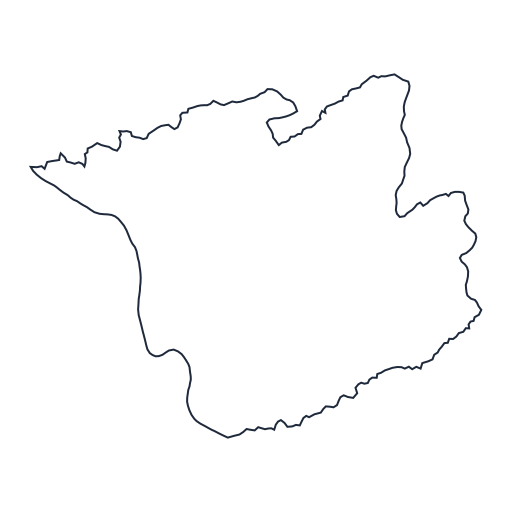 Ibiaí, Minas Gerais, Brazil
{"feature_id": "56859067B65559545591496", "entity_name": "Ibiaí", "entity_type": "district", "adm_level": 2, "iso_a3": "BRA", "parent_name": "Brazil", "parent_adm1": "Minas Gerais", "projection": "mercator", "projection_center": [-44.794, -16.832], "detail": "fine", "context": "isolated", "style": "outline", "palette": "slate", "viewbox_px": 512, "rotation_deg": 0, "n_neighbors": 0, "source": "geoboundaries", "source_scale": "gbopen_adm2", "svg_char_len": 4814}
<svg xmlns="http://www.w3.org/2000/svg" viewBox="0 0 512 512"><path d="M227.8,437.6L234.2,435.8L239.5,434.5L243.1,432.1L246.6,429.0L250.0,429.7L254.7,430.4L258.2,427.2L261.8,428.3L265.0,429.2L268.2,428.5L271.3,428.3L274.2,429.7L275.8,424.7L278.0,421.6L280.9,420.1L284.5,422.9L287.4,426.8L292.3,426.4L295.9,424.9L299.8,425.4L301.3,422.2L303.4,418.0L306.2,415.9L309.1,417.2L314.4,414.3L320.8,412.6L323.2,409.1L325.8,406.4L329.9,406.7L333.5,407.3L337.0,405.1L338.8,400.5L340.4,397.2L343.7,395.3L347.9,397.0L353.2,397.9L357.2,393.2L355.5,387.8L358.4,384.3L361.2,382.7L364.4,383.7L367.8,383.0L369.4,379.6L372.3,377.6L376.7,377.8L377.3,374.0L381.0,372.8L384.9,370.4L388.5,369.2L392.5,367.8L397.4,367.0L401.6,367.2L404.8,368.6L408.8,366.7L412.2,369.2L416.3,366.8L420.6,368.6L422.3,363.1L428.2,361.3L432.5,359.4L434.2,354.8L437.7,352.5L439.2,349.6L441.6,346.9L444.4,343.1L447.8,342.8L449.2,338.8L453.1,339.0L456.4,336.5L458.8,333.1L463.3,331.8L465.8,328.2L469.2,328.4L468.6,324.4L470.5,321.6L473.6,320.9L474.6,317.2L478.9,314.8L481.3,309.9L478.6,306.3L477.0,302.7L475.0,300.0L471.0,298.7L467.4,295.5L466.5,292.3L466.1,288.7L465.8,284.9L466.9,281.4L467.9,276.7L468.2,271.5L467.0,267.3L464.8,264.3L461.7,261.7L459.9,258.0L461.7,254.9L466.2,253.1L469.6,250.3L472.2,247.7L473.8,244.9L475.5,241.2L476.3,237.2L475.3,233.6L471.9,230.7L468.3,227.1L465.9,224.1L464.3,220.7L465.3,216.3L467.8,213.5L468.4,209.5L466.7,205.1L465.1,200.6L464.7,195.7L463.3,192.6L459.2,191.9L454.7,191.9L450.9,193.0L448.5,196.0L445.9,193.9L442.6,194.9L439.6,195.5L436.4,196.7L432.9,198.6L430.1,200.2L427.4,203.2L423.2,205.8L420.3,202.5L417.0,204.3L414.8,207.2L412.4,209.7L407.3,213.1L404.5,216.2L399.7,217.0L396.9,213.7L395.9,210.2L396.2,206.3L396.6,203.0L396.4,199.5L395.7,195.1L396.6,190.9L398.8,187.3L401.9,183.5L403.3,179.2L404.5,175.8L404.3,171.4L404.8,167.0L406.7,162.9L409.1,158.0L410.2,153.9L409.5,148.0L407.1,142.3L406.1,137.7L404.0,133.6L401.6,129.1L401.3,125.5L402.1,121.8L403.3,118.3L404.8,114.9L404.0,111.1L403.8,106.7L404.7,102.1L406.1,98.2L407.5,94.5L409.0,90.5L409.5,85.9L408.3,81.6L402.8,79.8L399.2,77.4L394.5,74.4L389.9,75.3L385.2,76.4L381.3,76.2L378.2,77.7L373.7,75.8L370.4,77.2L366.5,80.7L361.7,84.3L360.0,87.4L356.2,88.4L351.9,89.3L349.0,91.4L347.7,95.6L343.3,97.0L342.6,100.4L338.5,101.6L334.9,103.6L330.6,105.1L326.9,106.5L324.8,109.4L325.4,112.8L322.0,111.0L319.8,115.7L320.5,119.0L316.9,121.6L314.4,124.8L311.2,127.2L307.0,127.7L303.1,129.7L301.4,133.9L297.9,134.1L294.6,136.5L290.6,136.8L289.0,140.1L286.3,141.8L281.9,142.6L278.8,145.1L275.6,140.6L273.1,137.6L272.7,133.9L271.1,130.4L268.5,126.5L266.8,122.5L269.4,119.5L274.4,118.3L278.9,118.1L282.3,117.4L285.9,116.5L289.4,115.3L292.8,113.7L297.1,111.2L295.4,106.3L293.2,102.5L289.7,100.2L286.6,99.5L283.3,97.6L280.7,94.6L277.1,91.4L272.3,89.3L267.5,89.1L264.6,92.2L260.2,93.8L257.7,95.9L254.8,97.5L251.7,98.2L247.6,99.2L243.8,100.8L240.3,101.8L236.4,102.3L232.3,101.5L228.5,103.2L224.0,105.1L220.6,104.4L217.0,102.5L213.4,100.8L210.3,103.9L207.2,105.2L204.0,105.2L200.8,105.4L197.6,106.0L192.9,107.6L188.4,108.8L187.4,112.5L182.4,112.8L180.2,115.3L180.9,119.4L179.4,123.6L177.6,127.4L174.4,129.1L171.1,126.9L168.5,124.8L165.3,125.2L161.1,126.0L157.4,127.9L153.4,130.7L148.7,133.8L146.7,138.1L143.2,139.1L139.5,137.7L135.7,137.2L131.9,136.0L130.8,132.2L126.8,131.1L123.1,131.5L119.5,131.1L120.9,134.5L119.2,137.6L120.6,141.8L119.9,146.7L117.0,150.7L112.7,149.3L109.0,146.9L105.7,146.2L101.5,145.1L97.2,143.1L91.9,146.7L87.7,148.5L87.4,152.4L84.8,154.1L85.7,158.2L85.4,162.9L84.4,166.5L82.4,163.9L78.7,162.3L74.7,163.8L70.6,162.5L66.8,161.6L65.0,157.6L60.7,153.3L59.7,156.4L59.2,160.0L55.9,160.5L51.9,161.1L47.2,162.0L44.6,168.8L41.6,166.2L36.9,167.2L30.7,166.9L33.1,170.9L36.7,174.6L41.0,178.1L45.7,181.1L50.7,183.7L54.2,185.5L56.8,187.4L59.5,189.6L63.3,192.5L67.8,195.2L70.6,197.7L73.6,199.7L77.1,201.2L80.3,203.4L83.1,205.1L87.0,207.2L90.5,209.7L94.4,212.2L99.6,213.8L103.7,214.2L107.7,214.4L111.4,214.9L115.0,216.3L118.2,218.7L121.1,222.1L124.0,225.7L126.6,230.5L128.8,235.9L130.4,239.9L132.2,243.5L135.0,247.2L136.5,251.0L137.2,254.4L137.9,258.2L139.1,262.6L139.5,266.1L140.1,270.0L140.5,273.8L140.7,277.8L140.5,282.9L140.1,286.4L139.9,290.7L139.3,295.2L138.7,299.1L138.5,303.4L138.1,309.5L138.7,315.1L140.3,321.2L141.7,326.8L142.7,331.1L143.9,335.6L145.3,341.2L146.4,345.8L147.4,349.3L149.8,353.1L152.5,355.0L155.6,356.3L158.9,356.1L162.5,354.8L165.6,352.6L168.9,350.5L173.7,349.6L178.0,351.4L181.7,354.2L184.1,357.3L186.1,360.4L188.3,364.0L189.5,367.1L190.0,371.7L190.7,376.2L190.8,379.7L190.0,383.2L189.5,386.4L188.3,389.9L187.8,393.4L187.2,397.7L187.1,401.7L187.9,405.6L189.3,410.0L191.5,414.8L194.3,418.8L196.5,421.0L200.3,423.6L205.0,426.1L208.2,427.9L211.5,429.7L214.6,431.1L218.0,432.9L222.4,435.1L227.8,437.6Z" fill="none" stroke="#1e293b" stroke-width="2"/></svg>